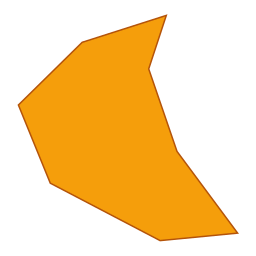 the state/province of Mauren
{"feature_id": "LIE-4900", "entity_name": "Mauren", "entity_type": "state/province", "adm_level": 1, "iso_a3": "LIE", "parent_name": "Liechtenstein", "parent_adm1": "", "projection": "mercator", "projection_center": [9.538, 47.223], "detail": "fine", "context": "isolated", "style": "filled", "palette": "amber", "viewbox_px": 256, "rotation_deg": 0, "n_neighbors": 0, "source": "natural_earth", "source_scale": "10m", "svg_char_len": 233}
<svg xmlns="http://www.w3.org/2000/svg" viewBox="0 0 256 256"><path d="M166.3,15.4L148.7,68.9L177.0,151.4L237.6,233.1L160.1,240.6L50.3,183.2L18.4,105.0L82.2,42.3L166.3,15.4Z" fill="#f59e0b" stroke="#b45309" stroke-width="1.5"/></svg>